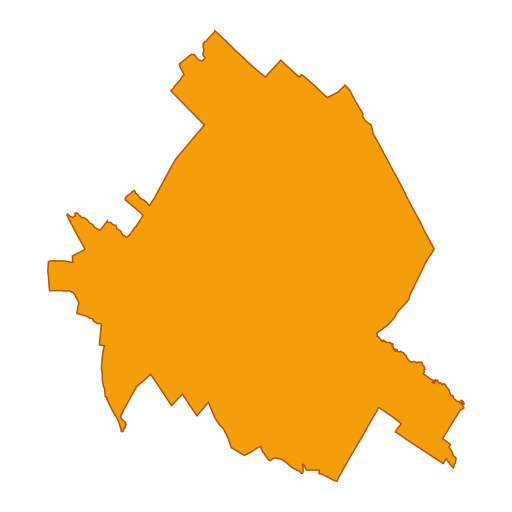 the district of Belcesti, Iasi, Romania
{"feature_id": "2599482B23393445756532", "entity_name": "Belcesti", "entity_type": "district", "adm_level": 2, "iso_a3": "ROU", "parent_name": "Romania", "parent_adm1": "Iasi", "projection": "mercator", "projection_center": [27.109, 47.31], "detail": "fine", "context": "isolated", "style": "filled", "palette": "amber", "viewbox_px": 512, "rotation_deg": 0, "n_neighbors": 0, "source": "geoboundaries", "source_scale": "gbopen_adm2", "svg_char_len": 6019}
<svg xmlns="http://www.w3.org/2000/svg" viewBox="0 0 512 512"><path d="M123.0,431.4L122.9,430.7L123.0,430.5L124.8,428.0L125.5,425.3L126.2,424.5L125.5,422.7L124.8,421.9L121.4,418.8L120.6,416.6L120.5,415.8L121.8,414.1L123.9,409.6L132.2,394.5L136.1,387.8L135.9,387.2L144.2,380.3L150.6,374.3L159.9,387.9L171.5,405.7L182.5,393.9L192.1,408.8L196.9,415.8L208.3,402.3L215.3,418.6L219.5,424.7L223.2,428.6L226.2,434.1L228.7,439.7L230.7,446.3L231.5,447.8L241.9,454.0L244.4,455.4L251.1,452.1L257.2,448.0L260.7,446.4L261.3,448.1L261.4,449.2L262.8,452.1L263.9,452.9L265.7,456.1L267.7,458.5L268.5,459.9L270.1,460.7L272.6,458.9L275.6,457.6L277.6,458.5L281.7,459.3L285.6,462.0L291.5,467.2L297.1,470.4L299.2,471.0L299.6,471.3L301.0,473.3L301.6,473.4L302.4,473.3L302.7,473.0L303.0,471.8L303.2,470.3L302.9,466.8L302.6,465.7L302.9,464.5L303.5,464.4L306.3,469.7L306.7,470.1L319.4,470.0L318.9,473.1L319.2,473.6L321.9,474.3L324.3,475.4L329.0,477.7L332.7,479.9L334.4,480.6L337.0,481.3L338.7,477.4L344.0,467.8L356.6,446.0L362.5,436.1L370.9,421.0L376.7,411.5L377.4,410.0L377.9,408.1L379.4,407.8L392.4,416.7L401.3,423.8L397.4,428.4L395.4,431.9L398.5,433.7L404.6,438.2L443.2,463.6L446.0,458.7L450.7,465.1L453.3,467.9L453.6,467.6L454.3,464.8L455.6,462.1L456.0,458.0L455.4,457.3L453.6,456.1L452.1,451.8L450.4,449.2L448.7,447.3L450.4,444.9L450.3,444.6L449.0,443.2L442.7,438.7L455.7,417.3L460.3,410.2L460.6,409.8L462.3,409.3L462.9,408.6L463.8,408.4L463.9,407.6L463.5,406.5L461.6,404.7L461.5,404.1L462.0,403.9L463.1,404.2L464.2,403.9L464.1,403.4L462.9,401.4L461.3,400.2L460.9,400.8L461.6,402.0L461.7,402.7L461.6,403.1L461.2,403.2L459.9,402.6L459.2,401.5L458.9,401.4L456.4,401.1L455.6,399.7L454.4,399.1L453.3,397.8L453.1,397.4L453.2,396.4L452.8,395.6L451.0,395.3L450.8,395.1L449.1,391.0L448.9,389.6L446.7,387.3L445.5,385.0L443.8,383.7L443.3,383.7L443.0,384.5L442.3,384.7L441.8,384.4L441.2,383.2L440.1,382.7L439.6,383.5L439.3,383.6L438.3,382.5L437.6,380.3L436.1,380.3L435.0,379.9L434.8,380.0L434.6,380.5L435.3,381.3L435.5,381.7L434.7,381.7L434.2,383.3L433.3,383.0L432.5,382.2L433.6,381.1L433.7,380.8L433.5,380.4L431.1,379.5L430.2,378.6L428.8,378.1L427.5,376.6L425.3,375.4L424.9,374.7L423.1,373.9L423.0,373.7L423.6,373.2L423.9,372.4L424.3,372.1L424.3,371.1L423.9,370.4L424.0,370.1L424.9,369.5L424.5,368.7L424.5,367.8L423.9,366.9L424.0,366.2L422.9,365.3L422.6,364.7L422.7,364.2L422.1,363.5L422.0,362.6L421.7,362.0L416.7,362.4L416.4,362.8L415.0,361.7L413.9,361.5L412.5,362.0L411.8,361.9L411.5,362.5L411.0,362.3L408.2,359.7L407.0,357.5L406.3,357.1L406.4,355.6L406.1,355.4L405.1,355.3L404.9,354.4L403.8,353.9L403.8,353.0L403.6,352.7L401.7,352.2L400.8,351.2L399.9,351.8L398.8,351.8L397.8,351.5L397.4,351.1L397.4,350.1L396.8,349.5L396.6,349.6L396.1,351.4L395.5,351.4L395.1,350.7L395.3,349.7L395.2,349.1L394.8,349.0L393.9,349.4L393.4,349.2L393.6,347.2L392.1,346.2L392.0,345.8L393.1,344.3L393.0,343.9L392.4,343.7L390.8,343.8L390.6,342.8L390.3,342.5L387.4,342.6L385.8,341.5L384.9,341.7L383.9,340.6L383.7,340.0L382.9,340.6L382.7,341.4L382.4,341.5L381.5,341.0L381.4,340.0L379.5,338.4L378.5,336.8L377.6,336.9L377.2,336.4L377.4,335.7L377.4,335.1L376.6,333.4L386.5,326.0L389.7,323.1L395.9,315.7L396.0,314.5L396.5,313.5L399.6,309.6L405.1,303.9L408.7,299.7L410.1,294.9L410.9,293.0L413.6,287.7L415.3,283.7L417.0,280.6L424.6,264.9L424.7,264.4L426.9,260.3L429.6,256.1L430.1,255.9L434.2,249.1L423.9,229.9L420.6,222.7L408.4,200.2L406.3,196.1L405.4,193.7L397.0,177.6L393.1,170.7L377.9,142.0L373.3,134.1L372.5,132.0L372.6,131.0L371.3,125.3L370.4,124.2L367.9,122.9L366.1,121.3L365.3,120.6L363.8,118.3L362.4,115.8L363.0,114.1L362.0,112.0L359.8,108.6L356.8,103.3L355.7,101.8L351.4,93.5L350.2,90.7L345.9,86.0L344.9,85.1L343.9,86.4L337.6,92.4L327.4,97.5L322.5,93.4L315.1,86.1L303.4,75.8L301.4,74.8L299.2,77.0L286.4,65.6L280.8,60.1L265.3,77.0L258.0,71.2L246.4,60.8L243.9,58.1L234.6,49.7L227.2,42.2L214.8,30.7L214.8,31.1L214.6,31.7L207.7,39.2L206.3,41.2L205.0,41.6L203.2,43.6L203.0,44.5L203.2,46.5L203.9,50.0L203.8,51.3L203.1,52.7L202.9,54.4L203.1,55.3L203.6,56.0L205.3,57.8L202.1,61.1L198.3,59.8L197.7,58.8L196.5,57.7L195.4,55.8L194.1,54.4L193.7,54.3L193.0,54.6L191.1,54.4L186.0,58.7L179.3,64.0L180.3,66.9L180.3,67.6L182.6,71.7L183.9,74.4L183.9,74.9L182.0,76.7L180.5,79.6L174.2,86.6L173.6,87.6L173.4,88.5L170.7,90.7L204.4,125.0L175.5,159.3L167.8,173.2L154.8,197.4L149.4,205.7L148.4,204.8L147.3,203.0L143.7,199.9L141.9,199.4L139.3,197.2L138.5,195.6L137.8,194.7L135.5,193.3L135.1,191.5L134.5,190.4L132.1,191.6L131.7,192.4L129.7,194.3L128.4,194.7L126.8,196.3L126.5,196.9L125.8,197.2L125.2,198.8L125.2,199.7L141.6,213.6L142.7,215.0L142.8,215.8L135.9,226.8L135.3,227.3L134.7,227.5L129.5,235.1L128.4,235.8L127.1,237.3L125.9,237.0L124.9,236.5L124.0,235.4L123.0,235.3L122.7,234.9L121.7,233.3L121.1,231.5L120.6,230.9L117.0,228.7L116.6,228.0L116.4,226.2L116.0,225.4L112.8,224.7L111.8,223.4L110.0,222.4L108.1,222.4L107.2,221.9L107.3,221.1L100.1,230.3L97.5,229.2L96.5,228.4L95.9,228.2L94.9,227.6L94.2,227.0L92.9,224.7L89.6,222.9L87.2,219.7L83.8,217.5L83.3,217.5L82.7,217.9L81.5,217.3L80.7,216.7L80.5,216.1L79.6,215.8L78.3,214.0L77.5,213.5L77.2,213.0L75.0,213.1L75.4,215.8L73.0,217.3L71.6,217.1L70.2,216.4L67.9,214.1L66.8,214.8L68.4,218.3L79.2,238.7L85.2,249.3L72.3,256.0L72.8,262.4L63.8,260.9L50.4,260.9L49.4,261.2L48.4,261.8L47.8,271.6L48.3,275.9L49.2,287.5L49.4,288.2L49.4,289.7L49.7,290.7L61.9,290.6L64.1,291.1L69.3,290.8L73.9,293.2L79.0,302.7L78.0,306.4L76.8,313.6L85.4,315.8L87.6,316.8L89.5,318.0L93.2,319.0L93.0,320.3L93.7,321.2L97.1,323.6L100.1,323.5L100.6,323.7L101.3,325.0L99.3,344.9L104.6,345.8L103.4,349.2L102.2,358.2L101.4,368.4L102.2,373.1L102.4,375.2L102.2,376.9L102.4,377.9L102.4,379.3L102.2,380.0L102.9,382.5L103.0,383.8L103.5,386.2L104.7,389.4L104.6,391.2L105.0,393.1L105.0,394.8L105.2,396.3L106.1,397.4L106.5,397.3L107.0,397.7L107.1,398.2L107.3,398.4L106.8,399.5L107.6,400.6L112.0,409.9L113.8,412.8L114.8,415.0L115.6,415.7L116.2,416.6L118.4,420.9L120.9,429.0L121.2,430.2L121.1,430.9L121.8,430.7L122.3,431.7L123.0,431.4Z" fill="#f59e0b" stroke="#b45309" stroke-width="1.5"/></svg>